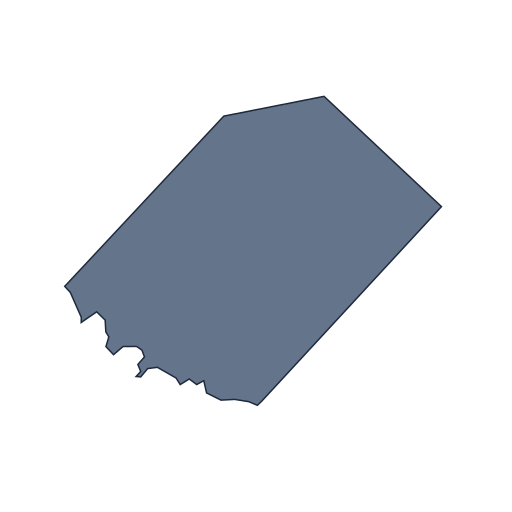 the district of Navarro, Texas, United States of America, rotated 163°
{"feature_id": "52423323B81183293432055", "entity_name": "Navarro", "entity_type": "district", "adm_level": 2, "iso_a3": "USA", "parent_name": "United States of America", "parent_adm1": "Texas", "projection": "albers", "projection_center": [-96.239, 32.063], "detail": "fine", "context": "isolated", "style": "filled", "palette": "slate", "viewbox_px": 512, "rotation_deg": 163, "n_neighbors": 0, "source": "geoboundaries", "source_scale": "gbopen_adm2", "svg_char_len": 602}
<svg xmlns="http://www.w3.org/2000/svg" viewBox="0 0 512 512"><g transform="rotate(163 256 256)"><path d="M245.9,399.2L447.8,282.9L444.2,275.4L441.0,248.5L442.6,243.5L435.5,245.8L424.7,249.2L419.0,238.8L421.8,227.4L420.4,221.7L426.0,213.2L421.1,203.3L409.6,208.3L396.6,204.4L392.6,199.3L392.2,192.1L400.7,186.8L400.0,179.3L405.9,175.8L401.6,174.1L392.5,180.0L382.9,178.4L368.1,162.7L366.1,155.2L355.8,157.9L350.3,150.4L342.4,152.0L343.3,139.5L331.6,128.4L318.3,125.1L305.5,118.8L298.3,112.8L292.8,115.6L64.2,249.0L144.3,388.8L245.9,399.2Z" fill="#64748b" stroke="#1e293b" stroke-width="1.5"/></g></svg>